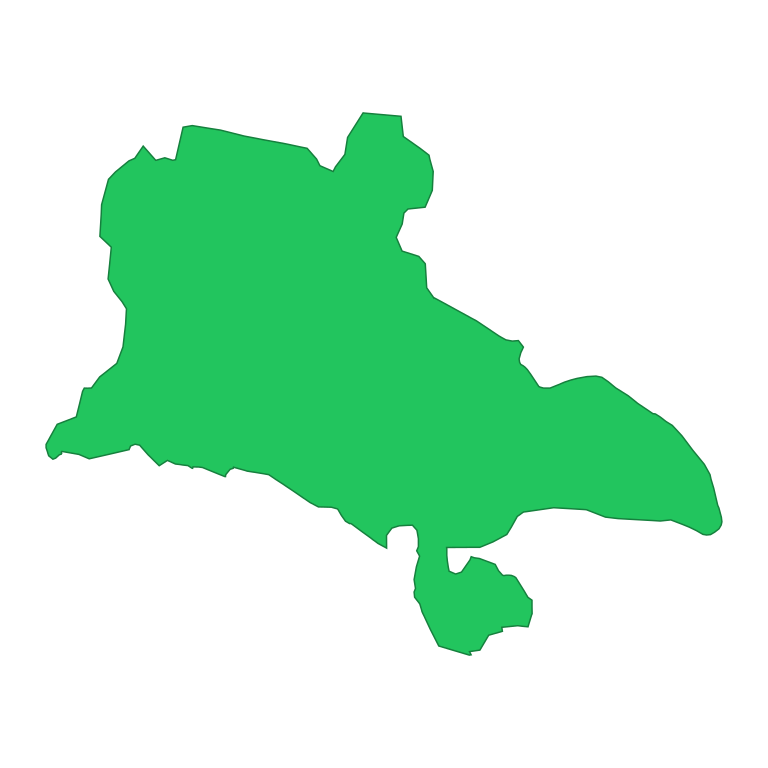 Dimnat Khadir, Ta`izz, Yemen
{"feature_id": "15242507B32780307406374", "entity_name": "Dimnat Khadir", "entity_type": "district", "adm_level": 2, "iso_a3": "YEM", "parent_name": "Yemen", "parent_adm1": "Ta`izz", "projection": "natural_earth1", "projection_center": [44.257, 13.441], "detail": "fine", "context": "isolated", "style": "filled", "palette": "green", "viewbox_px": 768, "rotation_deg": 0, "n_neighbors": 0, "source": "geoboundaries", "source_scale": "gbopen_adm2", "svg_char_len": 4316}
<svg xmlns="http://www.w3.org/2000/svg" viewBox="0 0 768 768"><path d="M386.6,548.1L386.5,535.4L389.4,531.4L391.6,528.5L391.9,528.1L392.2,528.0L394.1,527.4L397.9,526.2L399.3,525.8L408.1,525.3L409.3,525.3L411.6,525.2L411.9,525.2L412.4,525.2L412.5,525.2L413.5,526.4L416.9,530.2L417.3,532.3L418.4,538.7L418.4,541.1L418.4,546.7L416.7,550.8L419.6,556.1L416.4,566.8L415.6,571.2L414.2,579.0L414.1,579.6L415.5,588.5L414.1,592.0L414.3,594.0L414.6,597.2L415.7,598.6L419.8,603.9L420.1,604.9L420.4,605.9L421.7,610.3L422.0,611.6L423.0,613.8L424.0,615.8L425.9,619.9L430.4,629.5L433.1,634.8L438.8,646.0L469.3,655.1L471.1,654.8L469.5,651.6L479.9,650.1L488.7,635.2L502.4,631.3L501.8,627.3L517.8,625.7L522.7,626.3L528.0,626.8L531.6,614.9L532.1,613.8L532.0,607.1L532.0,605.4L532.0,600.2L527.9,597.3L524.0,590.7L515.8,577.6L514.1,576.5L511.3,575.4L508.8,575.2L506.2,575.2L503.9,575.6L502.5,575.2L498.5,570.7L495.2,564.4L479.4,558.5L474.4,557.8L471.2,556.7L470.0,559.9L461.5,572.1L455.7,574.0L455.3,573.9L449.1,571.2L448.3,567.3L447.3,560.7L447.1,558.5L446.8,555.4L446.8,553.8L446.8,549.0L446.6,547.5L457.5,547.4L460.9,547.4L462.7,547.4L464.8,547.4L469.6,547.3L470.5,547.3L479.8,547.3L482.8,546.1L492.7,542.0L492.8,542.0L493.5,541.6L501.4,537.4L501.5,537.3L506.8,534.5L511.4,527.0L517.3,516.4L519.5,514.9L521.1,513.7L523.5,512.0L526.0,511.7L553.7,507.7L583.7,509.5L586.3,509.7L586.9,509.9L605.4,517.1L616.4,518.4L618.2,518.6L652.2,520.5L660.3,521.0L670.8,519.9L682.3,524.3L689.4,527.2L696.4,530.6L700.2,532.8L703.0,534.4L704.9,534.7L706.5,535.0L710.5,534.6L714.6,532.2L719.0,528.8L721.2,525.0L721.9,521.8L721.4,517.7L721.4,517.4L718.9,508.0L717.7,505.3L713.7,488.2L711.0,479.2L710.0,474.6L704.3,464.3L692.9,450.4L682.0,435.9L672.3,425.4L666.0,421.5L660.5,417.2L655.5,414.0L653.8,413.7L653.1,413.8L637.7,403.4L628.4,395.9L615.7,387.9L608.2,381.7L601.9,377.3L596.0,376.1L587.0,376.6L577.1,378.4L571.0,380.0L564.6,382.1L558.5,384.7L550.0,388.1L543.6,388.1L540.0,387.1L538.8,386.5L530.9,374.6L527.3,369.6L525.0,367.2L522.9,365.6L520.8,364.5L519.6,362.3L519.1,358.9L520.8,352.7L522.5,349.1L523.4,347.1L518.4,340.6L512.3,341.1L506.0,339.9L505.6,339.7L501.6,337.5L498.7,335.8L476.5,320.9L471.3,318.1L439.9,300.9L435.6,298.6L433.9,297.7L433.8,297.9L426.7,287.8L425.3,264.1L425.2,263.7L418.8,256.4L402.1,251.1L396.2,237.4L402.2,224.0L403.9,213.1L408.0,209.0L425.1,207.2L427.6,201.4L432.3,190.4L433.1,173.4L433.2,171.5L429.8,159.1L429.0,155.2L420.3,148.5L403.3,136.5L401.0,116.3L394.2,115.7L364.6,113.1L363.1,112.9L347.6,137.4L344.9,154.4L335.5,166.8L333.1,171.5L319.9,165.7L316.6,159.1L308.0,149.3L307.1,148.3L300.6,147.0L288.0,144.3L285.5,143.8L262.6,139.6L258.0,138.7L257.6,138.6L244.9,136.2L243.1,135.8L226.5,131.6L220.5,130.1L210.8,128.6L192.2,125.6L183.1,127.2L175.6,159.7L172.8,160.3L171.2,159.8L167.1,158.5L164.8,157.8L156.0,160.3L155.7,160.3L143.2,146.1L134.8,158.3L128.9,160.9L115.5,171.9L108.5,179.3L101.6,204.7L101.2,214.8L99.9,236.4L111.3,247.2L109.6,264.6L108.1,279.0L112.2,287.9L113.8,291.4L122.0,301.6L126.5,308.8L126.3,311.7L125.6,324.3L124.5,333.7L123.0,346.9L116.8,363.4L115.9,364.1L99.7,376.9L91.5,388.0L87.7,388.2L84.3,388.1L82.6,391.3L79.5,404.1L76.3,416.9L68.9,419.8L57.2,424.3L50.5,436.4L48.6,439.9L46.1,444.4L46.1,447.8L47.5,451.9L47.6,452.4L47.7,452.6L47.7,452.8L48.7,455.8L52.9,459.2L55.7,458.1L59.3,454.8L61.3,454.1L61.7,453.2L61.3,452.2L61.8,451.4L78.9,454.4L89.2,458.8L111.5,453.7L129.1,449.6L129.1,449.4L130.6,446.0L135.1,444.2L139.7,445.2L140.8,446.5L148.2,454.9L150.7,457.3L154.2,460.8L159.2,465.7L159.7,465.4L167.4,460.4L175.4,464.0L179.7,464.5L180.4,464.6L181.7,464.8L182.0,464.9L188.0,465.6L191.8,468.1L192.6,468.3L193.0,466.9L198.6,467.0L202.5,467.5L218.4,474.0L224.9,476.6L225.5,476.6L225.7,474.7L230.1,469.3L233.2,468.3L233.5,467.2L245.3,470.5L247.1,471.1L253.4,472.1L253.7,472.1L263.4,473.7L267.3,474.4L268.6,474.6L270.6,475.9L276.3,479.8L277.5,480.5L278.0,480.9L283.0,484.1L283.7,484.6L284.8,485.3L285.0,485.5L291.0,489.5L303.4,498.0L310.2,502.6L318.4,506.9L323.3,507.0L331.3,507.2L337.1,508.8L337.6,509.0L338.1,509.7L341.4,515.4L345.5,521.2L349.6,523.6L350.1,523.6L351.1,523.6L351.8,524.1L362.6,532.1L370.5,537.8L373.3,540.0L374.2,540.6L374.5,540.8L378.1,543.5L378.3,543.6L378.5,543.7L382.7,546.0L384.6,547.0L385.2,547.3L385.7,547.6L386.6,548.1Z" fill="#22c55e" stroke="#15803d" stroke-width="1.5"/></svg>